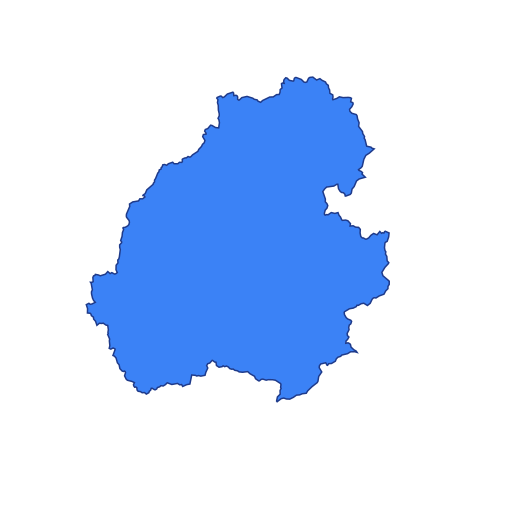 Yauyos, Lima, Peru (Mercator projection), rotated 225°
{"feature_id": "86281439B83806750890504", "entity_name": "Yauyos", "entity_type": "district", "adm_level": 2, "iso_a3": "PER", "parent_name": "Peru", "parent_adm1": "Lima", "projection": "mercator", "projection_center": [-75.885, -12.522], "detail": "fine", "context": "isolated", "style": "filled", "palette": "blue", "viewbox_px": 512, "rotation_deg": 225, "n_neighbors": 0, "source": "geoboundaries", "source_scale": "gbopen_adm2", "svg_char_len": 6109}
<svg xmlns="http://www.w3.org/2000/svg" viewBox="0 0 512 512"><g transform="rotate(225 256 256)"><path d="M248.2,415.3L250.4,414.2L251.6,414.3L255.4,411.9L261.1,415.4L262.8,415.8L263.7,417.2L267.2,418.1L268.7,419.3L275.1,420.2L277.3,423.1L281.0,424.7L283.7,426.6L285.1,426.9L289.2,424.7L291.9,424.7L293.6,425.9L293.8,429.3L294.8,432.2L296.0,432.9L298.1,432.0L300.0,435.0L301.2,434.7L302.8,433.5L306.4,429.6L309.6,427.5L310.3,424.5L312.1,420.9L312.9,421.2L314.0,422.9L315.7,424.2L318.8,423.3L321.4,425.5L323.5,426.1L325.6,427.8L328.0,427.5L329.9,428.2L333.6,426.9L336.2,426.6L337.6,423.3L342.3,422.7L344.2,420.4L344.5,418.9L343.1,415.0L343.8,413.7L345.0,412.9L348.8,412.9L353.7,410.7L354.4,410.0L354.5,408.7L353.2,406.6L353.4,405.9L356.6,403.8L359.7,403.8L361.0,403.1L360.9,400.7L360.4,399.7L359.5,398.6L358.2,398.0L359.7,396.9L359.8,395.8L356.4,393.2L356.6,390.8L354.8,388.8L353.8,386.6L355.6,384.6L356.3,380.7L358.7,378.1L361.3,370.6L361.4,367.9L364.1,366.9L365.6,367.2L368.0,365.6L369.9,365.3L375.2,362.5L378.0,358.0L378.1,354.5L378.4,354.0L379.8,353.8L381.4,355.5L382.8,355.9L383.8,355.5L385.1,353.7L387.1,355.4L388.2,355.5L390.8,350.3L390.9,346.1L391.5,344.5L393.5,344.5L394.3,343.9L395.6,340.6L395.4,339.9L393.4,339.6L391.7,337.2L389.3,335.9L385.7,332.5L382.6,330.6L381.1,329.1L380.2,326.5L378.6,326.1L376.1,324.4L373.0,320.2L375.5,318.2L379.4,317.2L380.6,316.4L380.2,312.0L381.3,309.6L380.6,308.0L378.1,307.5L377.5,306.9L379.1,304.7L378.1,302.7L373.8,301.6L372.7,299.5L372.8,297.1L372.0,295.0L371.9,291.0L371.1,288.9L372.4,282.7L372.3,280.1L372.7,279.1L374.4,278.3L374.6,276.2L375.6,275.1L376.4,273.1L376.5,272.2L374.9,270.8L374.7,269.7L376.4,268.1L376.5,266.0L379.2,263.3L381.2,263.4L383.2,259.3L383.3,257.0L385.3,256.1L386.4,254.6L385.4,252.6L385.6,251.6L384.6,250.2L385.3,248.5L384.2,246.8L384.1,245.2L381.8,239.8L381.4,237.9L380.1,236.6L380.0,234.8L379.4,234.0L380.0,225.6L378.5,221.8L378.9,219.2L378.7,218.8L377.7,219.5L376.3,219.2L376.6,216.3L378.6,214.3L378.0,211.9L381.4,207.1L382.2,203.3L380.3,201.7L377.2,194.0L375.9,192.5L375.0,191.9L370.7,191.3L369.3,190.3L368.1,188.3L368.0,186.6L368.8,183.7L369.9,182.4L369.9,181.7L368.3,181.1L367.0,178.1L364.6,175.2L362.6,171.2L361.0,171.0L360.4,170.3L360.3,167.5L358.6,165.8L356.5,164.6L351.9,158.6L350.9,156.8L350.9,155.4L348.7,153.5L348.4,150.6L345.3,147.3L342.4,146.2L342.6,144.2L343.3,143.2L346.2,142.3L346.7,140.4L349.8,140.2L349.6,136.7L352.1,131.9L354.1,131.1L356.6,129.4L356.2,128.3L356.8,127.1L356.2,125.5L353.0,122.7L353.4,121.4L354.4,120.4L353.3,120.2L347.8,116.4L347.0,114.3L345.5,112.9L341.8,110.6L339.3,109.7L336.9,109.6L338.1,106.0L339.0,104.6L340.7,104.4L341.6,101.6L337.9,99.7L334.9,96.5L332.7,98.3L331.2,98.1L330.3,97.4L327.7,97.8L326.2,96.6L323.3,96.4L319.5,94.5L319.2,97.7L317.4,99.2L316.5,100.5L313.1,101.1L311.8,102.1L308.3,99.5L306.6,97.2L305.7,96.8L305.5,95.7L300.8,93.8L299.7,92.3L295.9,89.2L294.5,86.9L292.8,87.5L292.0,89.9L290.1,90.6L289.6,90.4L286.8,84.5L285.3,85.1L282.8,84.9L278.5,82.5L275.9,82.3L272.6,80.1L269.3,80.0L268.0,80.7L267.7,81.6L266.8,81.8L265.8,81.3L264.2,78.3L260.6,77.1L259.1,77.2L255.0,79.6L252.4,80.5L251.7,78.4L250.6,77.7L249.0,77.4L248.5,78.3L247.2,78.6L245.2,77.1L243.7,77.0L241.8,78.4L239.8,78.8L238.3,80.6L235.9,80.8L235.1,83.6L235.8,84.9L235.6,86.6L236.5,88.3L236.0,89.0L233.2,89.7L232.6,90.2L232.2,91.7L232.7,93.3L231.6,95.4L231.6,97.0L229.7,98.5L229.1,101.0L229.1,103.6L224.7,105.6L221.4,110.4L218.8,111.0L217.7,112.5L215.6,111.9L214.0,116.1L212.2,118.7L217.3,126.4L214.4,128.8L213.1,129.2L212.0,130.9L210.1,132.0L207.7,135.6L209.2,138.2L210.9,142.7L213.4,143.6L213.5,144.1L214.0,145.7L213.0,147.6L213.2,151.2L212.8,151.5L210.2,151.8L209.2,152.6L206.5,150.6L203.5,151.2L201.7,153.8L201.6,155.1L199.9,155.6L199.1,157.3L197.0,158.0L195.0,157.8L193.2,158.7L192.2,159.9L190.1,160.2L188.0,161.7L186.0,162.1L183.3,164.3L180.1,168.4L177.1,168.5L172.0,169.9L169.5,168.9L165.8,169.6L165.3,170.1L165.1,172.4L164.1,173.8L161.0,175.4L159.9,177.2L156.7,180.3L154.4,181.9L148.4,183.2L147.3,182.6L145.7,180.5L144.7,180.2L143.8,177.8L141.2,175.4L141.2,171.5L138.9,168.0L138.0,167.9L137.3,173.0L135.9,175.2L133.4,176.4L130.9,178.7L129.6,182.6L129.0,186.2L126.9,188.7L125.9,191.3L123.4,194.5L124.1,197.2L124.0,203.2L123.2,209.7L123.6,211.2L126.5,215.2L127.5,220.5L132.3,221.7L133.5,223.1L133.9,225.4L131.2,229.8L128.6,229.0L128.1,229.3L128.5,231.2L126.6,233.4L125.5,237.7L126.5,240.1L126.5,242.4L125.2,244.9L125.3,246.6L122.2,251.7L121.4,255.1L118.4,258.2L116.4,259.3L118.0,259.6L120.5,258.9L124.4,258.8L126.6,260.2L127.7,260.3L129.5,259.7L130.8,257.8L132.3,259.7L132.2,261.5L133.0,264.4L135.1,264.4L136.8,265.7L138.1,269.7L139.9,271.0L141.2,273.1L141.0,275.1L142.2,277.4L143.6,277.6L146.7,276.3L148.7,276.2L152.0,277.1L153.8,278.5L154.0,279.3L152.6,284.8L150.4,287.9L149.3,291.2L149.8,292.5L148.7,293.6L147.9,296.6L146.4,298.8L142.2,299.8L141.8,303.3L143.3,307.5L143.3,309.4L142.6,310.4L141.5,311.1L140.6,315.0L138.5,319.5L139.6,323.0L139.6,326.2L141.2,327.8L141.7,330.1L144.0,332.4L152.3,331.8L155.4,333.4L156.8,339.1L157.0,344.2L157.4,345.2L159.8,345.3L163.2,348.2L165.8,348.9L167.2,350.8L168.7,351.1L171.0,352.7L173.9,356.2L174.2,357.1L173.6,359.1L175.7,363.3L178.2,366.4L182.1,364.9L182.3,364.2L181.8,362.7L182.9,362.0L183.3,360.8L185.8,360.9L185.4,356.6L188.8,355.1L189.4,351.9L189.1,348.5L189.8,346.1L190.4,345.4L192.8,344.7L193.6,343.9L195.7,343.9L198.7,345.9L201.1,348.6L203.7,348.8L206.0,346.8L208.6,346.1L210.7,343.7L212.1,345.7L216.0,345.9L218.0,344.8L220.1,342.3L221.0,342.2L223.8,343.3L226.1,343.5L228.7,344.7L230.3,341.9L233.5,339.9L234.2,336.1L235.3,335.3L236.0,333.8L236.9,333.8L237.9,334.6L239.5,337.4L239.6,339.9L240.9,342.4L242.9,343.2L245.3,343.3L247.2,345.3L254.3,348.8L254.9,352.0L254.8,354.7L250.4,360.5L249.6,363.8L248.9,364.6L245.2,361.9L242.2,361.2L240.5,361.4L238.9,362.6L236.7,362.5L235.4,361.5L234.9,361.8L232.9,366.2L233.1,367.9L235.4,371.2L235.7,374.5L238.0,380.2L237.5,383.5L234.4,389.0L239.0,388.9L239.5,390.2L241.1,390.3L243.9,389.3L244.6,389.5L244.1,392.8L244.3,394.6L248.1,400.6L249.5,404.8L248.6,408.9L248.2,415.3Z" fill="#3b82f6" stroke="#1e3a8a" stroke-width="1.5"/></g></svg>